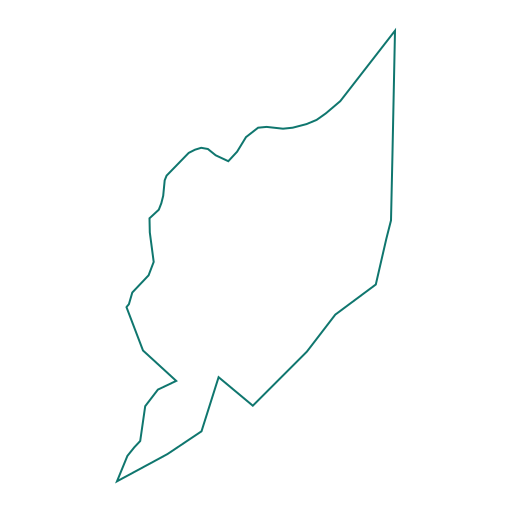 map outline of Ntoroko (Mercator projection)
{"feature_id": "UGA-5610", "entity_name": "Ntoroko", "entity_type": "District", "adm_level": 1, "iso_a3": "UGA", "parent_name": "Uganda", "parent_adm1": "", "projection": "mercator", "projection_center": [30.315, 1.025], "detail": "fine", "context": "isolated", "style": "outline", "palette": "teal", "viewbox_px": 512, "rotation_deg": 0, "n_neighbors": 0, "source": "natural_earth", "source_scale": "10m", "svg_char_len": 714}
<svg xmlns="http://www.w3.org/2000/svg" viewBox="0 0 512 512"><path d="M283.0,128.7L292.7,127.7L306.5,124.1L316.6,119.9L325.8,113.4L340.3,101.1L395.0,30.7L392.4,157.2L391.0,220.4L386.4,238.5L375.8,284.5L335.3,314.6L306.9,351.6L252.8,405.7L218.6,377.2L201.5,431.3L167.4,454.1L117.0,481.3L127.4,455.9L134.3,447.3L140.2,441.0L145.2,406.2L157.9,389.6L176.2,380.9L143.0,350.5L126.5,307.2L126.7,306.8L128.9,304.2L132.3,292.5L148.6,275.3L153.7,261.9L149.8,232.4L149.5,218.3L158.8,209.7L161.3,203.3L163.2,195.8L164.7,180.3L166.6,175.6L188.7,152.9L195.0,149.7L201.2,147.8L207.9,149.0L215.7,155.3L228.3,161.2L237.1,151.7L246.0,137.1L258.1,127.7L266.6,126.9L283.0,128.7Z" fill="none" stroke="#0f766e" stroke-width="2"/></svg>